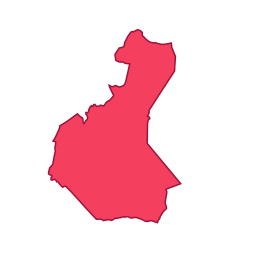 the district of Santa Rita, Paraíba, Brazil, rotated 198°
{"feature_id": "56859067B37269075188213", "entity_name": "Santa Rita", "entity_type": "district", "adm_level": 2, "iso_a3": "BRA", "parent_name": "Brazil", "parent_adm1": "Paraíba", "projection": "natural_earth1", "projection_center": [-34.981, -7.098], "detail": "fine", "context": "isolated", "style": "filled", "palette": "rose", "viewbox_px": 256, "rotation_deg": 198, "n_neighbors": 0, "source": "geoboundaries", "source_scale": "gbopen_adm2", "svg_char_len": 2512}
<svg xmlns="http://www.w3.org/2000/svg" viewBox="0 0 256 256"><g transform="rotate(198 128 128)"><path d="M157.3,206.6L157.1,204.5L158.1,203.1L161.1,201.3L161.8,198.8L162.3,197.0L163.1,193.8L162.4,192.5L161.6,190.7L160.6,188.7L159.3,188.3L157.0,188.1L155.5,188.4L154.2,188.9L152.8,189.3L151.0,188.6L149.4,188.8L147.8,189.2L146.2,189.5L145.3,180.4L144.5,171.3L144.6,168.8L145.3,167.1L146.8,165.7L148.7,164.3L150.7,164.3L152.5,164.7L154.1,163.7L155.1,162.6L156.7,162.3L159.1,162.8L158.0,161.0L151.6,154.4L153.8,148.9L155.9,146.8L156.9,144.9L157.2,143.2L157.9,141.5L159.6,141.3L161.1,141.3L162.5,139.7L164.8,138.9L166.8,140.2L167.9,139.6L168.2,137.7L169.7,137.9L170.6,136.1L170.9,133.5L170.5,131.4L171.3,130.1L172.8,129.8L172.3,128.1L170.9,127.3L169.6,125.5L169.5,123.4L170.5,121.9L170.7,120.4L171.3,118.6L172.6,119.5L173.1,121.1L173.7,122.8L175.1,123.7L177.5,124.3L179.0,125.0L180.4,125.9L182.7,122.8L185.2,119.4L186.3,117.8L189.2,114.0L193.6,108.9L193.1,107.4L193.2,105.0L193.6,101.6L194.2,96.8L194.6,94.6L195.3,92.4L192.5,92.4L191.9,90.5L191.5,86.9L189.8,82.9L189.6,79.4L189.2,76.7L188.8,73.2L188.5,71.7L188.4,69.9L190.2,65.9L189.9,62.4L189.6,60.1L188.4,59.4L187.0,59.4L185.5,59.0L185.8,56.8L185.2,55.0L183.8,55.0L182.2,56.5L180.3,56.1L179.4,54.8L177.9,55.2L176.3,53.9L174.1,52.5L171.7,51.5L170.5,52.9L169.2,53.3L161.8,49.5L143.6,39.0L129.9,31.4L127.8,32.2L125.7,33.0L124.0,32.7L122.5,32.4L121.0,33.4L119.5,34.1L118.1,34.9L116.8,35.0L115.1,35.0L113.9,36.1L112.8,37.7L111.5,38.4L109.9,39.1L108.8,39.8L107.5,40.4L106.1,41.4L104.7,42.1L103.1,42.4L101.7,43.4L100.2,43.7L98.6,43.3L96.9,43.4L94.4,44.9L91.9,45.5L90.2,45.4L88.3,45.4L86.1,45.3L84.3,44.9L82.2,44.7L79.8,45.6L78.0,46.8L76.4,47.1L74.9,47.1L73.1,47.0L70.7,47.1L70.8,49.2L69.9,51.6L70.0,54.2L69.3,56.5L68.6,59.3L67.6,61.3L66.5,63.3L67.4,65.4L68.7,66.8L69.6,68.2L70.0,70.9L70.3,72.6L70.7,75.0L70.9,77.6L71.6,79.7L72.9,81.1L71.9,82.4L60.7,91.3L105.0,119.3L108.3,130.0L110.9,138.7L111.3,141.8L110.2,143.7L111.1,145.0L113.2,145.0L112.7,147.4L112.7,149.4L113.4,151.3L107.8,172.6L101.3,196.7L102.1,199.3L105.0,210.7L111.4,218.3L113.0,222.2L114.6,221.4L116.1,220.5L117.7,219.6L119.6,218.8L121.5,218.0L123.4,217.8L125.3,217.5L127.9,217.7L129.6,217.0L131.4,216.6L134.0,216.5L138.0,217.8L141.1,219.5L142.9,220.3L144.0,223.2L145.3,224.0L147.4,224.6L149.1,224.4L150.2,223.6L151.3,222.4L152.5,221.2L153.8,221.1L155.0,219.9L155.5,218.3L156.0,216.6L156.6,214.5L156.9,212.5L157.2,210.3L157.5,208.6L157.3,206.6Z" fill="#f43f5e" stroke="#9f1239" stroke-width="1.5"/></g></svg>